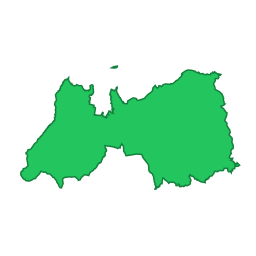 Probolinggo, Jawa Timur, Indonesia (Natural Earth projection), rotated 357°
{"feature_id": "22746128B57336658570108", "entity_name": "Probolinggo", "entity_type": "district", "adm_level": 2, "iso_a3": "IDN", "parent_name": "Indonesia", "parent_adm1": "Jawa Timur", "projection": "natural_earth1", "projection_center": [113.292, -7.852], "detail": "fine", "context": "isolated", "style": "filled", "palette": "green", "viewbox_px": 256, "rotation_deg": 357, "n_neighbors": 0, "source": "geoboundaries", "source_scale": "gbopen_adm2", "svg_char_len": 5827}
<svg xmlns="http://www.w3.org/2000/svg" viewBox="0 0 256 256"><g transform="rotate(357 128 128)"><path d="M231.5,166.9L229.0,165.6L230.7,164.6L231.0,163.7L228.7,163.9L227.6,162.7L228.8,159.9L229.9,158.9L229.4,157.4L229.6,156.2L230.3,154.7L231.8,154.1L232.2,151.1L231.0,147.6L231.5,144.8L231.3,143.3L228.8,140.5L229.0,138.9L229.8,138.0L229.5,135.5L226.8,130.7L227.1,128.5L224.9,125.6L227.0,121.1L227.7,118.1L225.9,116.6L226.0,116.2L224.5,113.8L221.8,111.4L222.2,110.9L224.6,110.4L226.1,109.1L225.4,108.9L225.2,106.4L224.7,105.6L225.0,103.1L223.7,99.2L221.3,96.6L217.0,94.0L216.9,91.8L215.8,88.9L216.0,87.8L217.5,85.7L217.8,83.3L220.6,83.4L221.3,82.4L221.3,79.9L223.1,80.1L223.6,79.4L218.9,78.1L218.7,77.3L217.2,76.4L216.6,77.6L215.9,77.1L216.0,77.6L215.3,77.3L213.5,77.8L213.3,79.0L211.8,79.0L209.7,78.2L209.3,78.8L207.6,78.8L205.3,77.5L203.7,77.7L202.1,77.3L201.3,76.8L201.9,76.4L201.6,76.1L201.4,76.6L198.4,75.6L198.0,74.8L193.7,73.5L190.8,73.3L189.0,73.7L184.7,76.3L184.4,77.4L185.1,77.2L185.2,77.4L184.4,77.8L183.9,79.6L182.4,80.4L180.1,82.8L178.6,83.1L177.9,84.0L174.9,86.2L173.0,86.0L172.5,86.6L168.1,86.0L166.2,86.3L165.0,86.9L163.7,88.4L162.2,87.5L161.0,87.5L160.5,89.0L159.5,89.7L158.4,88.8L157.5,86.9L155.1,89.1L154.4,92.1L153.1,93.4L149.7,95.6L146.7,98.4L146.3,99.2L143.3,100.0L143.1,100.4L141.5,100.4L139.8,101.1L138.1,100.4L138.1,99.4L137.3,98.8L134.6,98.2L129.1,101.0L128.7,103.6L128.4,103.7L126.0,103.5L125.4,103.1L124.8,101.8L124.3,102.3L124.3,101.5L123.6,101.4L121.8,97.4L121.2,97.1L118.6,91.3L118.5,89.0L119.4,87.7L119.2,86.6L118.4,87.2L118.0,88.8L117.6,89.3L117.1,89.3L116.7,90.2L115.0,89.6L114.7,88.9L113.6,89.0L113.3,88.0L112.7,91.0L112.1,91.8L111.6,93.9L112.4,94.1L112.5,96.1L113.0,96.3L112.3,97.6L112.3,99.0L113.1,100.0L112.2,102.6L113.2,103.0L113.1,105.8L113.6,107.6L114.7,107.9L114.1,109.6L113.1,109.0L114.0,112.6L112.0,112.0L111.6,110.5L109.8,110.1L109.7,111.2L108.7,112.2L109.3,113.8L108.5,113.4L107.8,113.6L106.9,115.0L107.2,115.4L106.7,115.6L107.0,115.9L106.7,115.9L107.0,116.5L106.7,116.7L104.3,115.5L104.5,114.9L103.1,114.5L103.4,112.9L104.0,112.1L103.9,111.3L103.4,111.1L101.8,114.0L96.1,113.5L96.2,113.2L95.1,113.1L96.5,106.6L96.3,105.8L94.7,105.4L95.3,103.6L90.7,102.1L91.2,100.3L90.8,100.0L90.9,99.5L90.4,99.4L90.6,99.0L91.1,99.2L91.6,98.1L92.0,95.8L90.9,95.0L91.4,93.1L93.1,93.4L93.3,92.6L93.8,92.8L93.9,93.4L94.1,92.3L94.5,92.4L95.5,90.2L95.4,87.0L95.0,85.5L95.5,84.7L94.9,83.2L94.1,83.0L92.3,83.9L92.5,86.6L91.8,88.0L91.3,87.9L90.6,88.8L90.2,88.2L88.8,88.5L87.2,88.0L86.9,88.5L85.0,86.0L84.4,84.1L83.5,83.2L81.5,83.2L79.0,82.0L78.5,82.7L76.9,83.2L74.6,82.2L74.2,80.8L73.6,81.3L71.8,78.5L71.1,76.7L71.3,74.7L70.0,76.2L68.9,76.1L68.7,76.8L67.5,76.6L65.8,78.7L65.8,79.2L65.3,79.2L65.4,79.8L64.6,81.6L64.1,81.6L63.9,82.3L62.9,82.9L62.3,85.8L62.0,85.7L61.8,86.6L60.8,87.5L60.4,87.3L60.3,88.1L59.0,88.8L57.3,91.1L58.0,96.0L57.8,97.1L56.8,97.8L55.9,101.0L56.7,102.2L57.0,104.3L56.4,106.2L56.7,108.1L56.4,109.6L55.6,111.0L56.1,111.1L56.3,111.7L55.6,113.4L55.1,113.7L55.4,115.5L55.0,116.6L54.4,116.7L54.4,117.4L53.1,118.2L52.4,119.5L50.7,120.2L50.8,120.7L50.0,121.0L50.0,121.4L49.0,121.6L48.7,122.5L48.1,122.8L48.3,123.1L47.5,123.5L47.5,124.1L46.1,125.1L45.3,126.7L44.8,126.7L44.8,127.4L43.4,128.2L42.5,130.0L39.9,132.2L39.6,133.1L37.5,134.3L36.3,137.2L33.9,138.8L30.2,143.6L29.3,144.3L27.1,144.5L26.3,146.4L24.9,147.3L24.8,148.3L25.8,148.9L26.2,150.4L25.4,153.2L26.2,160.5L23.7,162.7L21.3,163.1L20.7,165.2L19.5,165.6L18.8,166.4L18.5,168.6L18.6,169.4L20.9,173.4L22.2,173.9L23.2,175.2L26.2,175.8L28.1,175.4L31.5,173.7L32.9,173.6L34.2,171.8L37.1,169.3L38.8,166.6L41.2,167.7L43.4,167.7L45.1,169.6L47.4,169.7L50.2,172.6L50.3,173.2L51.6,173.7L53.9,177.1L54.2,178.6L55.4,180.3L56.2,182.7L57.2,184.1L58.4,184.3L60.3,180.0L59.9,176.1L60.5,175.1L61.9,174.1L66.6,173.7L69.2,174.1L72.4,173.8L75.2,176.4L75.7,177.7L77.7,177.1L78.6,175.2L82.2,172.3L86.3,173.4L87.8,170.4L91.4,168.3L92.0,167.1L93.1,166.9L94.8,165.1L94.9,164.3L95.6,163.9L95.5,163.5L96.3,162.3L97.3,161.9L97.3,161.4L98.0,161.1L98.4,161.4L99.1,161.0L101.8,155.4L102.5,155.5L102.9,154.7L103.6,154.6L103.9,152.8L103.7,152.1L104.1,150.8L105.0,150.3L105.4,149.0L105.1,147.8L104.5,147.7L104.1,144.4L111.7,145.9L116.2,147.5L116.6,147.9L117.3,147.3L119.1,147.5L119.5,145.2L120.7,144.7L120.9,143.7L122.4,145.5L122.6,151.4L123.4,152.2L124.6,155.6L134.9,154.5L139.0,154.9L140.1,155.3L141.0,156.4L141.1,157.7L142.2,159.5L146.1,165.0L146.6,166.6L146.7,172.0L148.0,173.7L149.9,175.0L151.0,178.0L151.5,183.3L152.2,184.7L151.9,185.6L152.9,188.1L151.7,190.4L152.8,190.4L152.8,189.7L153.5,189.4L153.7,188.7L154.3,188.9L154.4,188.2L155.4,188.7L156.5,187.9L156.8,187.2L156.5,186.9L157.8,185.5L159.1,185.4L159.5,182.0L160.3,179.6L161.6,180.6L162.0,181.6L164.8,183.7L165.7,185.3L167.1,184.3L170.8,184.6L173.0,186.3L172.8,187.7L173.1,188.1L174.8,188.1L175.7,186.5L176.6,187.8L176.4,189.1L177.2,189.4L179.3,189.0L180.8,189.4L182.1,188.1L183.3,188.7L184.8,188.5L187.0,187.3L187.4,186.4L187.4,184.5L188.0,184.2L188.1,183.6L187.2,180.9L186.3,179.5L187.6,177.9L188.4,179.3L190.5,179.6L190.7,180.3L191.1,180.3L191.8,181.4L191.9,182.4L193.5,182.6L193.9,183.2L194.0,182.7L194.9,183.2L195.5,184.0L197.9,185.5L202.3,186.6L202.1,185.1L202.8,183.5L203.7,183.9L204.1,183.0L204.5,183.3L204.8,182.9L205.6,182.9L205.5,182.4L206.5,181.8L206.7,180.8L209.7,180.0L210.4,178.7L211.2,178.2L212.2,175.8L215.2,176.3L216.7,175.3L220.3,175.5L221.1,175.3L221.9,173.2L223.9,173.6L225.0,173.3L225.4,173.7L225.5,175.9L225.9,176.7L226.4,177.0L228.4,176.5L228.3,177.4L228.7,178.0L228.8,177.0L230.2,176.2L230.0,174.7L232.4,174.1L232.7,172.0L236.0,171.9L237.5,171.0L235.1,168.4L233.2,170.8L232.9,170.0L233.2,169.0L232.4,168.8L232.2,167.8L231.4,167.3L231.5,166.9ZM120.6,65.6L117.1,66.0L114.9,67.0L117.2,67.4L119.5,67.2L120.4,66.6L120.6,65.6Z" fill="#22c55e" stroke="#15803d" stroke-width="1.5"/></g></svg>